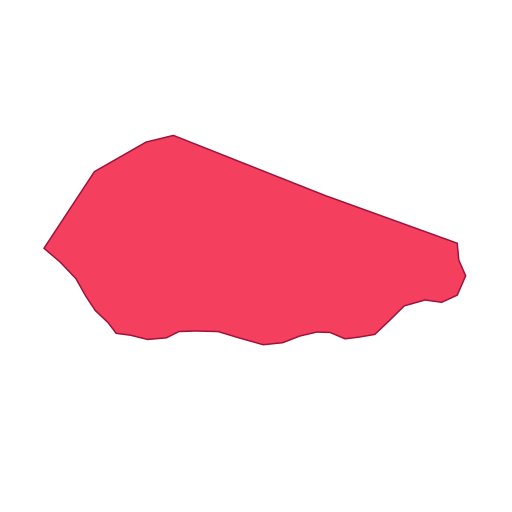 Montadas, Paraíba, Brazil, rotated 11°
{"feature_id": "56859067B50047647998901", "entity_name": "Montadas", "entity_type": "district", "adm_level": 2, "iso_a3": "BRA", "parent_name": "Brazil", "parent_adm1": "Paraíba", "projection": "mercator", "projection_center": [-35.939, -7.09], "detail": "fine", "context": "isolated", "style": "filled", "palette": "rose", "viewbox_px": 512, "rotation_deg": 11, "n_neighbors": 0, "source": "geoboundaries", "source_scale": "gbopen_adm2", "svg_char_len": 585}
<svg xmlns="http://www.w3.org/2000/svg" viewBox="0 0 512 512"><g transform="rotate(11 256 256)"><path d="M126.4,165.1L81.3,204.0L46.4,288.9L64.6,299.1L83.6,312.6L96.4,327.7L108.8,340.3L123.6,349.7L133.5,358.6L147.7,357.7L165.5,358.6L183.7,353.4L194.7,344.9L210.6,341.2L233.3,337.4L255.7,339.7L280.1,341.7L298.8,336.0L314.1,326.3L330.0,319.1L343.3,316.9L359.2,320.3L372.5,316.0L387.6,310.3L399.2,294.0L411.1,276.6L430.4,266.9L447.1,266.0L461.0,256.0L465.6,235.4L455.9,221.4L451.1,205.1L311.9,183.4L151.9,153.4L126.4,165.1Z" fill="#f43f5e" stroke="#9f1239" stroke-width="1.5"/></g></svg>